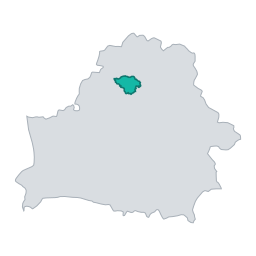 location of Dokshytsy, Vitebsk, Belarus
{"feature_id": "67162791B61932293276792", "entity_name": "Dokshytsy", "entity_type": "district", "adm_level": 2, "iso_a3": "BLR", "parent_name": "Belarus", "parent_adm1": "Vitebsk", "projection": "albers", "projection_center": [27.92, 54.818], "detail": "fine", "context": "in_parent", "style": "filled", "palette": "teal", "viewbox_px": 256, "rotation_deg": 0, "n_neighbors": 0, "source": "geoboundaries", "source_scale": "gbopen_adm2", "svg_char_len": 7283}
<svg xmlns="http://www.w3.org/2000/svg" viewBox="0 0 256 256"><path d="M221.3,188.8L216.7,188.8L211.3,189.2L208.3,191.5L204.9,190.6L202.6,191.9L197.4,198.0L195.4,201.3L193.6,206.2L192.5,209.9L193.2,212.4L194.3,214.7L194.7,217.2L195.3,219.2L194.0,220.7L193.2,222.8L190.9,222.5L188.0,220.6L187.3,217.8L185.0,215.8L183.6,214.8L181.2,214.7L177.4,215.8L172.5,216.6L168.8,216.9L166.8,218.0L163.8,219.1L162.6,217.9L160.9,214.7L159.4,211.4L158.5,210.0L157.6,209.6L156.6,209.7L155.5,210.8L154.7,211.8L151.6,213.1L150.2,214.3L148.7,217.3L147.7,217.1L146.7,216.4L145.4,213.1L143.8,212.3L141.2,212.3L138.0,211.6L135.3,210.6L134.4,210.9L132.8,212.3L131.1,212.5L127.4,211.2L126.7,211.8L124.5,215.5L123.5,215.7L123.0,215.2L123.3,212.0L121.2,210.9L117.5,210.7L115.0,211.1L113.7,211.0L113.1,210.3L110.0,204.9L108.4,204.5L105.5,204.8L101.1,204.0L96.1,202.7L93.4,202.2L92.0,201.0L88.9,200.5L80.7,198.0L77.4,197.5L72.4,197.3L64.9,196.5L60.0,196.6L57.8,197.3L55.1,197.6L46.2,197.9L42.9,198.3L41.9,199.4L40.7,201.8L36.8,205.9L33.0,208.6L32.4,208.8L30.3,207.1L28.6,206.5L26.6,206.2L25.1,206.6L24.1,207.3L24.0,210.6L23.8,210.9L22.4,206.9L22.8,203.3L23.8,201.3L25.0,199.6L24.7,196.8L26.0,193.2L26.2,190.6L25.8,189.4L25.0,188.1L22.8,186.5L21.8,185.3L18.8,183.6L15.8,181.5L15.4,180.3L15.6,179.5L16.2,178.3L18.8,174.9L21.6,171.7L23.3,170.4L32.2,166.5L33.7,165.1L34.1,162.5L34.3,157.2L34.0,152.4L33.6,149.1L32.3,142.8L28.6,129.7L26.8,116.2L28.5,117.1L32.5,117.7L35.8,116.9L37.4,116.9L38.9,117.3L43.1,116.8L44.1,118.0L45.9,119.2L49.7,117.8L53.0,116.1L56.4,116.5L56.9,115.6L58.0,110.9L59.0,109.9L63.1,110.6L64.6,109.8L66.2,107.5L68.7,106.2L70.7,106.2L72.8,104.7L73.8,105.8L74.2,107.8L73.5,109.3L73.7,109.9L75.1,110.7L77.6,110.8L79.2,110.2L79.6,109.3L79.6,107.7L79.3,106.2L78.3,104.9L76.4,104.1L75.0,104.1L74.8,103.2L75.3,101.5L76.6,98.3L78.2,95.4L79.1,94.3L79.3,93.3L79.2,91.5L79.3,88.3L80.7,83.8L82.6,80.5L85.0,79.5L87.9,78.9L89.8,77.4L90.7,75.6L91.6,72.7L92.5,72.1L99.4,72.6L100.5,69.8L101.1,69.0L102.5,68.1L103.4,67.1L103.1,66.3L101.3,65.8L97.2,65.2L96.4,64.3L96.7,63.1L97.8,60.2L99.0,56.3L99.6,53.4L99.6,51.6L100.2,51.2L103.6,50.7L104.7,50.1L107.7,46.1L109.8,45.4L115.5,46.5L118.1,46.4L121.4,46.7L121.6,46.3L122.8,42.3L128.4,35.9L131.3,33.7L133.2,33.2L133.9,33.3L136.9,36.7L137.6,36.8L139.5,35.4L143.0,35.2L144.6,36.4L146.9,40.5L148.1,41.0L151.4,38.7L153.2,37.9L154.4,37.9L160.8,41.0L161.3,42.0L161.3,43.2L160.4,47.0L161.8,49.3L163.4,50.8L166.6,48.2L167.7,47.4L169.0,47.4L170.8,46.3L172.0,44.9L173.2,44.3L175.5,44.6L179.7,44.1L184.7,46.2L185.1,46.9L187.7,49.5L188.6,50.8L189.4,51.2L190.8,52.4L192.6,53.2L193.8,52.9L194.4,53.3L194.9,54.3L195.1,56.1L195.1,61.1L193.4,63.8L193.2,64.7L193.4,65.8L194.9,67.9L196.8,71.2L197.3,73.1L197.4,74.5L195.1,78.9L194.3,80.0L193.8,82.1L193.6,84.3L193.8,85.2L198.1,88.4L201.3,90.1L202.1,91.0L202.2,91.5L200.7,95.3L200.6,96.3L203.1,97.7L204.6,100.0L206.0,103.9L208.6,107.5L217.8,112.5L218.6,113.4L218.9,114.6L218.8,117.2L217.4,122.1L219.0,122.8L222.9,122.3L227.8,122.7L233.8,125.7L233.9,127.3L233.4,128.7L233.9,130.2L234.6,131.4L239.9,134.9L240.4,136.0L240.6,137.9L240.6,139.3L239.2,139.6L237.7,140.4L235.3,142.2L234.4,144.6L230.5,148.1L228.1,149.7L226.0,149.9L221.2,149.5L219.4,148.0L218.6,146.6L216.7,146.0L214.3,146.1L210.9,146.5L210.2,147.0L209.7,148.8L208.4,151.9L207.5,153.7L212.1,159.5L214.4,161.9L215.2,163.4L215.2,164.5L214.2,165.8L214.5,168.4L216.8,171.6L216.1,172.2L216.2,176.4L216.4,180.8L217.0,181.9L218.2,182.7L219.3,184.3L221.1,187.9L221.3,188.8Z" fill="#d9dde1" stroke="#a8b0b8" stroke-width="1"/><path d="M135.4,91.4L135.3,91.1L135.3,90.9L135.4,90.7L135.3,90.4L135.1,90.3L135.1,90.2L135.0,89.8L134.9,89.6L134.9,89.4L135.0,89.3L135.2,89.1L135.4,89.0L135.6,88.9L135.9,88.8L136.1,88.6L136.1,88.4L136.1,88.2L135.9,88.1L135.7,88.0L135.5,87.9L135.6,87.7L135.6,87.3L135.6,87.2L135.8,86.9L136.0,86.6L136.0,86.4L136.0,86.2L136.3,86.0L136.6,86.1L136.8,86.2L137.1,86.2L137.3,86.2L137.7,86.2L138.0,86.1L138.3,86.1L138.5,86.1L138.8,86.0L139.0,86.0L139.3,86.1L139.4,86.3L139.3,86.5L139.2,86.7L139.1,86.8L138.8,86.9L138.6,86.9L138.4,87.0L138.4,87.3L138.5,87.3L138.9,87.4L139.0,87.4L139.2,87.2L139.3,87.1L139.5,86.9L139.8,86.7L140.0,86.6L140.2,86.4L140.3,86.3L140.5,86.2L140.7,85.8L140.6,85.7L140.5,85.4L140.4,85.3L140.5,85.0L140.5,84.9L140.4,84.7L140.3,84.4L140.2,84.3L140.1,84.2L139.9,83.9L139.8,83.6L139.9,83.4L140.1,83.2L140.3,82.9L140.4,82.7L140.2,82.4L139.9,82.2L139.7,82.0L139.7,81.9L139.6,81.7L139.6,81.4L139.4,81.3L139.2,81.3L138.8,81.3L138.6,81.2L138.4,81.2L138.1,81.0L138.0,80.9L137.8,80.7L137.7,80.6L137.4,80.3L137.2,80.2L136.9,79.9L136.7,79.8L136.4,79.7L136.4,79.3L136.3,79.2L136.2,79.2L136.0,79.3L135.9,79.4L135.6,79.4L135.4,79.3L135.2,79.2L134.9,78.9L134.8,78.7L134.9,78.4L134.9,78.1L134.8,77.9L134.6,77.6L134.4,77.5L134.4,77.3L134.3,77.2L134.2,77.0L134.1,76.8L134.0,76.7L133.8,76.6L133.6,76.5L133.4,76.4L133.2,76.4L132.9,76.4L132.5,76.4L132.2,76.4L131.9,76.4L131.7,76.5L131.4,76.5L131.2,76.6L130.9,76.8L130.8,77.0L130.7,77.1L130.4,77.3L130.1,77.4L129.9,77.4L129.7,77.3L129.4,77.2L129.1,77.2L128.9,77.2L128.7,77.2L128.5,77.3L128.4,77.3L128.2,77.3L128.1,77.2L128.0,76.9L127.9,76.8L127.9,76.7L127.7,76.6L127.4,76.5L127.2,76.5L126.6,76.4L126.4,76.4L126.2,76.4L125.8,76.3L125.8,76.2L125.7,76.1L125.4,76.0L125.3,75.9L125.1,75.9L125.0,76.0L124.9,76.1L124.7,76.2L124.4,76.2L124.2,76.1L123.9,76.1L123.7,76.1L123.4,76.2L123.0,76.3L122.8,76.3L122.7,76.4L122.4,76.5L122.1,76.6L121.9,76.7L121.7,76.7L121.6,76.8L121.4,76.8L121.2,76.9L121.0,77.0L120.9,77.1L120.8,77.3L120.7,77.5L120.6,77.8L120.4,77.9L120.2,78.0L119.9,78.2L119.8,78.3L119.7,78.3L119.5,78.5L119.4,78.6L119.2,78.7L118.9,78.8L118.7,78.9L118.6,79.0L118.4,79.0L118.2,79.0L118.0,78.9L117.8,78.9L117.7,78.7L117.4,78.7L117.1,78.7L116.9,78.4L116.7,78.3L116.5,78.5L116.4,78.6L116.2,78.7L116.0,78.8L115.8,78.9L115.7,79.0L115.4,79.1L115.3,78.9L115.4,78.7L115.2,78.5L114.8,78.6L114.5,78.7L114.4,78.7L114.5,78.9L114.4,79.1L114.3,79.3L114.3,79.6L114.5,79.8L114.7,80.1L114.9,80.3L115.2,80.6L115.5,80.7L115.6,80.9L115.6,81.0L115.5,81.4L115.4,81.5L115.4,81.8L115.5,82.2L115.7,82.3L116.0,82.3L116.2,82.5L116.4,82.7L116.5,83.0L116.6,83.3L116.7,83.5L117.0,83.8L117.5,83.9L117.8,83.9L118.1,83.8L118.4,83.8L118.6,83.9L118.9,84.1L119.1,84.4L119.5,84.6L119.7,84.9L119.7,85.4L119.6,85.6L119.6,85.9L119.8,86.0L120.0,85.8L120.2,85.6L120.4,85.6L120.7,85.6L120.9,85.7L120.9,85.9L120.9,86.2L120.9,86.4L120.9,86.7L120.8,86.9L120.9,87.1L120.9,87.3L121.2,87.4L121.4,87.4L121.8,87.4L122.0,87.5L122.4,87.5L122.8,87.6L123.0,87.6L123.2,87.8L123.3,87.9L123.3,88.0L123.5,88.1L123.8,88.1L124.0,88.2L124.1,88.3L124.2,88.6L124.3,89.1L124.2,89.4L124.2,89.9L124.2,90.4L124.2,90.6L124.3,90.8L124.3,91.1L124.5,91.4L124.7,91.6L124.9,91.7L125.1,91.8L125.2,92.0L125.3,92.2L125.4,92.4L125.4,92.8L125.5,93.1L125.7,93.3L126.0,93.6L126.3,93.6L126.5,93.6L126.7,93.4L126.9,93.3L127.1,93.3L127.5,93.3L127.6,93.2L127.8,92.8L128.0,92.6L128.3,92.6L128.4,92.9L128.5,93.1L128.5,93.4L128.6,93.6L128.9,93.7L129.3,93.7L129.5,93.6L129.8,93.5L130.0,93.5L130.3,93.5L130.5,93.6L130.8,93.9L130.8,94.1L131.0,94.3L131.5,94.0L131.6,93.9L131.7,93.7L131.8,93.5L132.1,93.2L132.3,93.1L132.8,93.0L133.1,92.8L133.2,92.7L133.6,92.7L133.8,92.5L133.9,92.3L134.0,92.1L134.2,91.8L134.3,91.7L134.6,91.7L135.0,91.5L135.2,91.4L135.4,91.4Z" fill="#14b8a6" stroke="#0f766e" stroke-width="1.5"/></svg>